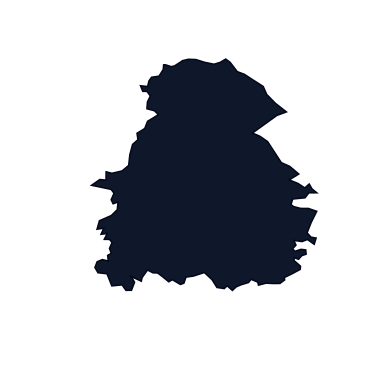 Guzar, Kashkadarya, Uzbekistan (Natural Earth projection), rotated 149°
{"feature_id": "79887680B36641058684147", "entity_name": "Guzar", "entity_type": "district", "adm_level": 2, "iso_a3": "UZB", "parent_name": "Uzbekistan", "parent_adm1": "Kashkadarya", "projection": "natural_earth1", "projection_center": [66.156, 38.52], "detail": "fine", "context": "isolated", "style": "filled", "palette": "ink", "viewbox_px": 384, "rotation_deg": 149, "n_neighbors": 0, "source": "geoboundaries", "source_scale": "gbopen_adm2", "svg_char_len": 1903}
<svg xmlns="http://www.w3.org/2000/svg" viewBox="0 0 384 384"><g transform="rotate(149 192 192)"><path d="M94.6,288.6L101.0,288.6L107.3,290.2L114.3,296.6L120.5,303.6L126.8,307.7L132.6,309.5L134.9,309.3L142.1,309.1L145.3,310.2L149.0,314.5L150.7,315.7L150.8,315.7L153.6,311.8L160.6,308.3L167.5,311.2L171.7,309.4L175.7,305.3L181.4,309.6L182.4,303.6L178.8,301.4L178.3,295.7L183.8,292.2L187.8,286.6L182.4,281.0L181.0,275.6L193.7,275.5L199.8,270.8L208.9,270.7L211.4,264.7L218.4,263.4L226.1,256.0L232.6,247.4L241.1,246.1L251.0,249.3L255.2,253.6L259.6,246.5L264.6,250.2L274.7,249.5L260.0,235.9L259.5,231.1L265.3,227.0L265.7,222.5L260.6,221.5L265.2,215.3L273.4,213.4L286.1,215.1L292.6,209.0L286.3,206.4L291.8,202.6L286.1,200.1L291.6,196.6L287.1,193.8L286.6,189.9L291.8,186.1L292.8,181.0L297.0,181.1L299.3,176.0L303.7,180.3L309.2,181.1L314.1,177.3L314.2,171.2L307.0,165.7L309.1,152.8L299.8,148.4L299.3,141.7L294.5,138.9L287.7,144.2L287.6,150.8L281.4,141.6L278.9,144.3L270.3,148.0L267.1,142.8L263.2,140.3L261.1,135.2L258.2,127.0L254.0,126.9L249.6,118.7L245.9,118.0L241.0,122.1L234.1,119.2L222.9,116.6L220.0,106.6L219.8,97.3L214.1,92.6L210.2,93.5L208.1,86.8L203.0,87.9L197.8,87.2L190.2,85.3L186.3,86.7L182.1,80.9L183.0,77.9L175.5,75.7L168.9,71.3L163.7,68.3L157.8,68.9L157.0,71.1L147.6,70.3L139.1,69.9L137.2,72.5L139.8,80.7L138.3,83.1L135.3,79.4L130.7,80.9L126.2,79.9L124.3,83.8L128.2,86.8L134.2,88.1L135.1,91.5L130.2,92.9L129.6,98.0L123.2,92.8L117.5,91.8L114.2,84.2L109.3,88.6L113.2,92.0L114.4,97.7L105.5,104.5L95.0,111.2L100.7,118.0L107.3,122.0L112.4,127.2L113.6,130.2L109.3,134.1L98.1,128.8L92.3,131.1L85.4,127.0L87.5,132.8L87.4,138.5L93.2,137.4L96.7,144.7L102.4,152.3L91.2,152.4L95.0,163.6L100.3,171.2L101.2,196.2L105.0,204.7L109.8,211.4L79.8,213.9L69.8,212.0L74.8,225.0L77.7,237.1L76.6,245.8L82.6,257.9L86.4,265.8L91.2,271.9L92.5,283.4L94.6,288.6Z" fill="#0f172a" stroke="#020617" stroke-width="1.5"/></g></svg>